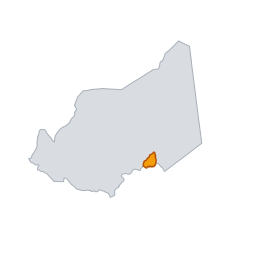 location of Kobé, Wadi Fira, Chad, rotated 53°
{"feature_id": "50815135B20529104749764", "entity_name": "Kobé", "entity_type": "district", "adm_level": 2, "iso_a3": "TCD", "parent_name": "Chad", "parent_adm1": "Wadi Fira", "projection": "robinson", "projection_center": [22.719, 15.288], "detail": "fine", "context": "in_parent", "style": "filled", "palette": "amber", "viewbox_px": 256, "rotation_deg": 53, "n_neighbors": 0, "source": "geoboundaries", "source_scale": "gbopen_adm2", "svg_char_len": 4753}
<svg xmlns="http://www.w3.org/2000/svg" viewBox="0 0 256 256"><g transform="rotate(53 128 128)"><path d="M184.6,78.3L184.6,83.8L184.6,89.3L184.7,94.8L184.7,100.3L184.7,105.8L184.7,111.3L184.7,116.7L184.7,122.2L184.7,124.1L184.6,124.8L184.3,125.0L181.8,124.5L180.7,124.5L179.1,124.9L176.8,125.1L175.3,125.0L174.3,126.0L173.4,127.1L173.8,129.8L173.7,130.7L173.4,131.7L172.7,132.5L172.0,133.1L171.6,133.7L171.1,134.9L170.7,135.5L170.7,136.3L170.6,137.1L170.2,137.5L169.1,137.8L168.4,138.2L167.9,138.8L167.5,139.2L167.7,139.8L168.0,140.5L168.1,141.8L168.2,142.5L168.8,143.1L169.1,143.5L169.2,144.0L168.9,144.4L167.6,145.3L167.0,145.6L166.4,146.1L166.2,146.2L165.3,147.1L164.8,147.8L164.5,148.4L164.5,149.3L165.0,150.6L165.6,151.7L165.8,152.5L165.9,153.4L165.8,154.2L165.6,155.0L165.1,155.6L163.3,156.9L162.4,158.3L161.7,159.9L161.5,160.9L161.7,161.5L162.1,162.0L162.6,162.2L163.4,162.3L164.7,162.0L165.9,161.9L167.2,162.5L167.8,163.9L167.6,164.9L168.1,166.8L168.5,169.0L168.5,169.8L168.7,170.0L169.5,170.2L169.6,170.7L169.4,174.7L169.8,175.8L170.3,176.6L170.9,177.0L171.5,177.5L171.8,177.9L172.5,177.9L173.3,178.7L173.6,179.6L173.5,180.5L173.0,182.5L172.7,183.9L172.2,183.8L171.3,183.5L170.1,183.2L168.7,182.9L167.4,183.5L165.9,184.2L165.5,184.7L165.1,185.0L164.4,185.0L163.8,185.1L163.5,185.6L163.0,186.1L160.9,187.3L160.4,187.7L160.2,188.1L160.2,188.6L160.4,189.5L160.4,190.7L159.9,191.6L159.4,192.3L158.8,192.5L158.2,192.7L157.9,193.1L156.8,195.2L156.3,195.6L155.4,195.5L152.6,198.7L152.4,199.7L151.3,201.0L150.1,202.5L148.9,203.2L148.8,203.5L148.5,203.8L147.8,204.1L145.4,206.0L142.5,205.9L141.2,206.6L139.9,206.9L138.1,207.3L137.5,207.2L135.2,207.4L132.4,207.3L131.4,207.6L130.4,208.3L129.6,208.9L129.5,209.1L129.6,209.3L129.6,209.5L131.5,211.0L132.0,211.8L131.5,212.5L131.3,212.6L131.0,213.2L129.8,214.8L128.1,216.8L127.2,217.4L126.9,217.8L126.4,219.1L126.1,219.3L124.9,219.4L122.6,219.6L119.3,220.0L117.4,220.2L116.2,220.0L114.5,220.9L113.9,221.2L113.5,221.3L111.8,222.1L110.4,223.5L109.9,223.8L108.0,224.3L107.2,225.3L106.8,225.4L105.5,224.1L104.7,223.0L104.3,221.9L104.2,221.5L103.3,222.1L102.7,222.6L102.4,223.7L100.4,224.5L98.6,225.1L97.8,225.9L96.6,226.3L95.1,226.1L93.8,225.8L92.7,225.7L93.2,224.7L93.5,224.0L93.5,223.1L93.4,222.4L92.7,222.1L92.3,221.7L91.3,218.8L90.2,215.9L88.8,213.0L87.2,211.1L86.0,210.0L85.6,209.9L85.0,209.5L84.6,209.2L82.5,207.2L80.3,205.0L79.8,204.0L78.7,202.5L77.4,201.0L76.8,200.3L76.5,199.0L77.4,197.9L78.3,196.4L79.4,195.5L80.8,195.4L83.2,195.8L85.8,195.9L88.4,195.6L89.0,195.4L89.7,195.4L91.0,195.8L93.4,195.7L94.7,195.1L93.4,194.1L91.9,192.5L90.6,190.8L89.8,189.2L89.1,187.2L88.4,184.7L88.0,181.5L88.1,179.7L88.3,178.4L89.0,176.2L88.6,175.0L88.7,174.0L88.6,172.5L88.4,171.7L87.5,169.3L87.3,169.0L86.5,167.3L86.2,164.4L85.3,162.5L83.8,161.6L82.9,160.5L82.6,158.5L82.1,158.0L79.7,157.3L77.8,157.3L76.4,155.1L74.6,152.3L72.9,149.6L71.9,144.3L71.3,141.3L72.0,140.4L73.4,138.2L75.2,134.1L79.3,127.7L81.3,124.4L85.5,119.6L90.5,113.6L93.4,110.2L93.9,104.0L94.4,97.5L94.9,92.6L95.4,86.8L95.8,81.9L96.1,78.3L96.5,73.3L96.9,72.3L98.9,68.4L99.0,67.9L98.7,67.2L95.9,63.8L95.1,63.1L94.6,61.3L95.3,60.4L92.0,54.7L91.2,54.1L90.9,53.4L90.8,52.4L90.8,48.5L90.0,42.3L88.9,35.2L92.9,33.2L95.9,31.7L99.7,29.7L103.2,31.7L108.2,34.6L113.3,37.5L118.3,40.5L123.4,43.4L128.5,46.3L133.6,49.2L138.7,52.1L143.7,55.0L148.8,57.9L153.9,60.8L159.0,63.8L164.1,66.7L169.3,69.6L174.4,72.5L179.5,75.4L184.6,78.3Z" fill="#d9dde1" stroke="#a8b0b8" stroke-width="1"/><path d="M167.8,138.6L168.1,138.5L168.4,138.3L168.5,138.2L168.9,138.1L169.0,138.1L169.6,138.0L171.1,137.4L171.1,137.2L170.7,136.2L170.6,135.9L170.6,135.7L170.6,135.4L170.7,135.2L170.8,135.2L171.0,135.0L171.1,134.9L171.3,134.9L171.6,134.8L171.5,134.7L171.5,134.4L171.4,134.3L171.4,134.2L171.5,134.0L171.6,133.9L171.8,133.8L171.9,133.6L172.1,133.4L172.1,133.2L172.3,133.2L172.5,133.1L172.6,132.9L172.7,132.7L172.8,132.7L173.0,132.5L173.3,132.5L173.5,132.4L173.5,132.2L173.4,131.9L173.4,131.7L173.5,131.6L173.7,131.4L173.8,131.4L173.9,131.2L174.0,131.1L174.0,130.9L174.2,130.7L174.0,130.4L174.0,130.2L174.2,129.9L174.2,129.7L174.1,129.2L174.1,128.9L174.1,128.7L173.8,128.4L173.7,128.3L173.7,128.2L173.4,127.9L173.3,127.7L172.9,127.2L172.4,126.4L172.0,126.2L171.7,126.0L171.5,125.7L170.9,125.1L170.1,124.7L168.9,124.1L168.3,123.9L167.3,123.6L166.9,122.9L166.9,122.7L166.0,122.4L165.4,122.2L165.1,122.1L164.2,121.8L163.6,121.5L163.2,121.8L162.8,122.0L163.0,122.7L163.1,124.3L163.2,125.0L162.9,125.7L162.7,126.3L162.7,126.6L162.8,127.1L163.5,127.9L163.9,128.8L163.9,129.6L163.8,130.5L164.2,131.4L164.6,132.6L164.6,133.7L164.2,134.8L164.4,135.1L164.7,135.6L165.6,137.0L166.0,137.4L166.6,137.9L167.1,138.3L167.7,138.7L167.8,138.6Z" fill="#f59e0b" stroke="#b45309" stroke-width="1.5"/></g></svg>